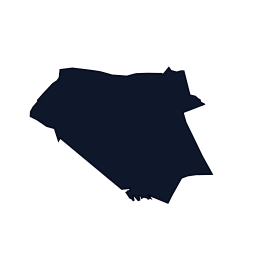 the district of Santa María Zoquitlán, Oaxaca, Mexico, rotated 329°
{"feature_id": "50627088B87489634133290", "entity_name": "Santa María Zoquitlán", "entity_type": "district", "adm_level": 2, "iso_a3": "MEX", "parent_name": "Mexico", "parent_adm1": "Oaxaca", "projection": "robinson", "projection_center": [-96.386, 16.557], "detail": "fine", "context": "isolated", "style": "filled", "palette": "ink", "viewbox_px": 256, "rotation_deg": 329, "n_neighbors": 0, "source": "geoboundaries", "source_scale": "gbopen_adm2", "svg_char_len": 2238}
<svg xmlns="http://www.w3.org/2000/svg" viewBox="0 0 256 256"><g transform="rotate(329 128 128)"><path d="M99.9,43.2L95.2,49.5L91.6,51.1L87.4,51.3L86.1,51.4L82.7,52.4L73.9,54.9L68.2,56.7L64.9,57.7L64.8,58.9L57.3,61.4L53.0,63.9L50.4,67.8L54.2,73.6L59.3,84.6L64.9,90.5L64.0,94.2L61.9,103.1L64.7,101.4L71.6,121.0L86.0,162.3L91.3,177.3L92.2,177.6L92.5,177.7L94.9,178.9L98.6,180.5L98.3,180.9L98.3,181.2L98.2,181.4L98.2,181.7L98.2,181.9L98.1,182.1L98.1,182.3L98.0,182.5L97.7,182.6L97.4,182.6L97.0,182.5L96.6,182.5L96.4,182.4L96.2,182.4L95.9,182.3L95.6,182.0L95.4,182.0L95.1,182.1L94.7,182.2L94.5,182.4L94.3,182.5L94.0,182.6L93.3,182.4L93.4,184.0L93.6,188.2L93.7,188.8L93.8,189.1L93.8,189.3L94.0,189.5L94.4,189.8L94.6,190.0L94.8,190.2L94.9,190.4L94.9,190.8L94.9,191.2L94.9,191.4L94.9,191.7L94.9,191.9L95.0,192.0L95.1,192.4L95.5,193.0L95.8,192.9L96.0,192.7L96.0,192.4L96.1,191.9L96.2,191.5L96.4,191.0L96.5,190.6L96.7,190.3L96.8,189.7L97.0,189.4L97.2,189.0L97.5,188.7L97.9,188.6L98.2,188.6L98.4,188.7L99.5,195.3L100.9,195.6L101.2,195.0L101.3,194.6L101.5,194.3L101.6,193.9L101.7,193.4L101.8,192.8L102.0,192.5L102.1,192.2L102.4,191.7L102.6,191.5L103.0,191.9L103.2,192.1L103.3,192.3L103.5,192.5L103.9,192.7L104.1,192.9L104.2,193.0L104.2,193.3L104.1,193.6L103.8,194.2L103.6,195.1L106.5,195.2L106.7,195.5L106.7,195.9L106.8,196.1L107.0,196.3L107.2,196.5L107.5,196.7L107.8,197.0L108.0,197.1L108.3,197.5L108.6,197.9L108.7,198.3L108.7,198.8L108.7,199.1L109.0,199.3L109.5,199.3L110.0,199.1L110.4,199.2L110.6,199.3L110.8,199.4L111.0,199.6L111.2,199.9L111.2,196.2L123.6,212.8L123.9,212.6L128.5,209.7L131.0,208.1L148.1,198.3L154.2,199.5L154.4,199.5L155.0,199.7L163.2,203.2L165.8,204.9L166.2,205.0L167.0,205.5L176.3,210.9L177.0,190.3L178.8,170.9L180.4,152.7L180.5,152.6L182.5,145.1L183.1,142.9L195.6,145.1L205.6,146.9L205.6,146.7L203.5,143.5L203.5,143.3L204.1,140.8L204.0,140.7L202.7,138.8L202.6,137.6L202.3,136.8L201.7,135.3L197.9,131.8L198.7,128.9L205.1,107.9L202.7,106.5L198.8,105.4L198.3,105.1L194.3,101.0L194.1,97.3L185.5,100.4L184.8,98.8L178.8,95.1L172.7,91.3L162.8,85.8L159.2,84.7L154.1,83.3L152.9,82.7L151.9,81.9L141.5,74.6L137.8,70.6L132.9,65.5L128.2,61.6L124.6,58.7L111.1,48.2L99.9,43.2Z" fill="#0f172a" stroke="#020617" stroke-width="1.5"/></g></svg>